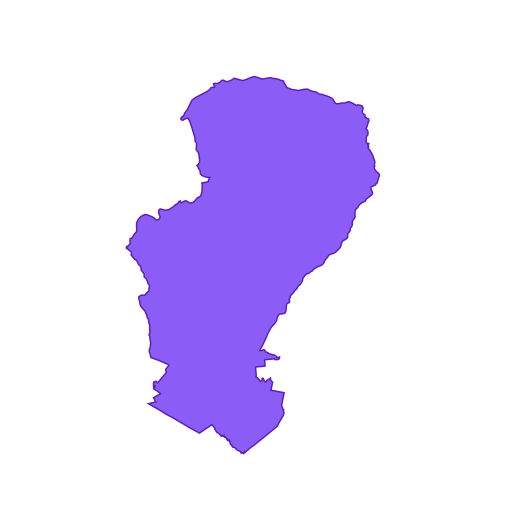 Margina, Timis, Romania (Mercator projection), rotated 335°
{"feature_id": "2599482B95910170912575", "entity_name": "Margina", "entity_type": "district", "adm_level": 2, "iso_a3": "ROU", "parent_name": "Romania", "parent_adm1": "Timis", "projection": "mercator", "projection_center": [22.319, 45.898], "detail": "fine", "context": "isolated", "style": "filled", "palette": "violet", "viewbox_px": 512, "rotation_deg": 335, "n_neighbors": 0, "source": "geoboundaries", "source_scale": "gbopen_adm2", "svg_char_len": 6139}
<svg xmlns="http://www.w3.org/2000/svg" viewBox="0 0 512 512"><g transform="rotate(335 256 256)"><path d="M335.2,284.3L337.1,282.8L338.9,280.6L340.4,279.3L341.5,279.0L344.8,278.7L346.7,278.1L348.6,274.6L351.8,273.1L353.2,270.7L355.2,269.7L356.6,268.3L357.6,265.8L358.2,265.2L362.1,262.8L364.2,258.1L365.1,256.7L366.1,255.9L368.7,255.1L370.6,253.6L371.7,253.1L374.5,252.5L378.2,252.5L379.8,251.1L387.1,249.4L388.3,248.2L388.5,246.5L388.6,244.0L388.9,242.7L389.2,242.3L390.0,242.0L393.4,242.2L396.6,241.0L399.2,238.0L401.4,235.8L402.3,234.4L402.2,233.6L401.4,231.4L400.7,230.5L400.2,227.1L400.8,225.3L401.7,224.6L402.0,222.9L403.2,221.6L403.7,220.0L404.4,213.3L403.9,208.2L403.2,205.7L403.5,205.2L404.2,204.7L404.0,204.2L404.5,203.4L404.1,203.4L404.2,203.1L405.7,201.8L405.1,201.2L404.5,201.8L404.4,200.6L404.0,200.1L404.1,198.9L405.1,197.3L405.7,195.5L406.7,194.5L408.3,193.7L409.3,192.3L410.0,190.6L410.1,189.2L409.3,187.0L410.8,186.1L414.6,181.9L415.4,181.4L415.9,180.0L415.9,179.3L415.7,179.0L414.9,178.5L414.3,177.1L413.5,176.2L413.5,175.8L414.2,174.8L414.4,174.2L414.2,173.6L413.2,172.3L413.0,171.4L413.5,169.8L414.9,168.2L415.7,166.9L415.7,165.0L413.8,163.1L411.9,162.0L410.9,162.0L410.4,161.6L408.0,158.2L405.4,155.4L403.7,155.0L400.6,154.7L398.0,153.4L395.6,153.0L393.1,151.9L392.5,151.0L391.8,145.7L389.5,142.6L384.1,137.4L381.8,136.1L380.1,133.1L376.0,130.0L373.3,126.6L370.0,125.2L365.8,124.3L364.0,123.7L359.2,120.4L357.9,119.4L356.0,117.2L355.2,116.2L354.9,114.4L354.9,112.5L354.4,110.7L355.0,109.2L352.0,106.5L351.1,105.3L348.0,103.0L346.9,102.6L344.6,100.5L336.3,98.2L332.5,94.5L330.3,92.6L327.2,92.1L320.2,91.8L317.8,91.2L311.4,85.7L308.1,86.2L304.6,86.1L302.5,85.3L301.0,83.1L299.2,82.3L296.5,83.4L294.0,83.4L291.8,82.1L290.3,82.0L290.0,83.0L290.4,84.6L289.9,85.3L288.7,85.2L287.5,84.5L286.5,84.4L284.6,85.5L281.6,86.2L268.8,86.8L263.8,87.7L256.1,94.0L251.9,96.3L249.6,98.4L247.1,98.8L246.1,99.4L245.8,100.8L246.8,102.0L250.9,101.8L252.5,102.3L252.9,105.1L252.6,109.3L250.7,122.9L249.4,126.2L249.8,128.7L246.7,134.5L247.5,138.4L247.3,139.3L245.3,145.5L244.1,147.7L243.0,148.1L242.1,149.0L240.8,148.9L241.1,150.3L240.9,152.2L241.3,153.8L241.2,155.8L240.3,157.7L240.9,159.9L243.0,162.4L245.1,164.1L247.3,165.2L245.1,167.1L244.3,168.3L241.3,167.9L237.9,166.9L237.6,167.4L237.6,168.1L235.0,173.5L234.2,174.9L232.1,177.2L231.8,177.9L230.8,178.4L228.5,178.4L226.9,178.7L222.9,180.7L219.9,180.6L218.6,180.0L217.6,178.9L216.5,177.0L215.7,176.3L214.4,176.0L210.5,176.2L210.6,174.1L209.4,174.1L207.0,175.4L204.6,175.5L200.9,176.6L196.5,177.1L192.6,176.0L191.3,174.6L189.0,172.9L188.2,173.0L187.1,173.6L186.6,174.4L185.8,176.4L185.8,179.0L185.6,180.3L183.9,181.5L181.4,181.7L180.7,180.8L178.9,177.1L174.5,172.4L172.7,171.4L168.2,171.6L164.9,173.0L162.1,175.2L161.3,176.4L158.3,183.2L154.4,185.1L151.6,187.1L149.3,187.1L148.2,188.8L147.3,191.6L144.4,192.7L142.7,193.7L142.3,193.8L142.3,193.2L142.1,193.4L141.9,194.5L143.1,196.1L143.4,197.2L144.7,199.6L144.4,200.7L143.2,202.4L144.6,207.8L145.9,209.4L146.1,215.0L146.9,216.1L147.1,216.9L146.9,218.2L146.2,219.4L146.0,220.2L146.6,222.9L146.9,224.8L146.7,225.9L145.9,227.3L145.8,228.0L146.8,229.6L146.9,232.6L146.6,235.7L147.0,238.0L145.2,240.2L144.3,242.4L142.6,242.8L138.4,244.6L136.5,243.4L135.2,243.0L132.6,243.4L132.1,244.0L131.7,245.4L131.5,247.4L130.5,250.9L130.3,252.0L130.5,253.7L132.0,258.9L132.1,260.2L131.9,264.4L131.3,265.9L131.6,266.6L131.7,268.1L130.6,272.0L130.5,273.7L128.4,277.9L127.6,280.6L125.7,282.2L125.6,284.6L124.5,287.4L124.2,289.2L123.5,290.8L121.4,294.2L119.6,295.9L119.0,297.4L118.7,298.3L118.7,300.1L117.9,303.3L118.0,303.8L123.3,309.0L129.7,316.2L130.6,317.3L130.9,319.1L130.6,318.5L126.2,320.5L125.5,323.7L113.1,329.4L112.4,327.3L112.0,327.1L109.9,327.1L108.7,329.3L107.9,331.2L108.5,331.4L109.2,330.6L109.7,330.8L109.8,331.2L109.5,331.6L107.1,332.9L111.3,340.1L111.1,340.5L103.2,341.1L103.5,345.9L96.1,344.4L103.8,355.3L107.0,360.4L109.4,363.7L110.9,365.5L124.9,385.9L126.2,387.5L129.9,392.6L144.9,390.2L146.0,395.0L145.4,395.7L146.1,399.4L147.3,401.1L147.7,402.5L148.2,403.1L148.1,404.0L148.5,404.7L148.7,404.8L149.1,404.4L149.5,404.8L149.9,404.6L151.0,405.1L150.4,405.4L150.4,405.7L151.0,405.9L150.8,406.7L151.9,407.5L151.9,408.3L152.4,409.0L152.1,409.5L153.1,410.5L152.4,410.5L152.3,410.8L153.2,411.0L153.3,411.2L153.1,411.4L153.6,411.5L153.5,412.3L154.0,412.3L154.1,413.2L153.7,413.5L153.3,415.6L153.7,415.8L153.8,416.1L153.5,416.3L153.9,416.6L154.2,417.6L153.9,418.6L154.3,419.7L155.2,420.0L156.1,421.2L156.3,422.5L156.9,423.8L159.5,427.0L159.6,427.3L159.4,427.5L160.2,428.2L160.2,428.4L159.9,428.5L161.1,429.0L161.1,429.8L161.3,430.0L161.9,429.4L161.8,429.1L162.2,428.8L162.4,429.0L162.8,428.7L162.9,429.4L170.4,427.3L173.6,426.8L201.9,419.7L203.4,419.1L207.7,415.9L213.3,412.1L215.1,410.0L215.3,409.3L215.3,408.1L215.6,407.5L216.1,407.0L215.7,406.3L216.1,402.1L223.7,391.8L212.8,383.9L217.7,377.5L216.8,374.8L217.5,372.8L212.9,373.4L212.2,374.3L211.5,374.4L211.0,374.0L210.9,373.4L210.7,372.1L210.8,369.9L210.4,369.6L209.7,369.7L209.4,370.0L209.2,371.2L208.9,371.4L207.4,371.7L206.8,371.6L206.6,371.2L206.9,370.0L206.5,369.5L206.3,368.2L206.0,367.8L205.8,367.0L204.8,365.7L205.7,364.4L208.7,356.4L217.7,359.6L219.9,353.8L220.1,353.7L228.8,356.8L229.5,358.0L232.1,359.1L233.7,358.9L234.6,357.5L233.0,357.3L232.2,356.4L231.8,356.4L231.8,355.2L231.0,353.8L226.3,349.9L226.1,349.1L224.6,347.2L224.2,347.0L224.1,345.1L223.9,344.4L223.4,344.1L221.7,344.2L219.5,343.3L219.6,343.1L220.0,343.0L220.2,342.5L223.7,340.1L231.0,334.1L233.2,331.9L239.5,327.1L244.0,325.2L247.2,323.4L248.9,321.2L250.4,319.7L252.1,318.8L252.9,318.7L257.2,320.0L258.8,319.6L260.1,318.3L261.6,315.3L262.5,314.2L263.2,312.8L264.4,312.1L266.4,312.3L267.3,311.4L267.4,310.6L267.7,309.4L269.4,308.0L270.4,306.7L274.8,304.8L276.0,304.0L279.2,302.9L281.7,301.1L284.0,300.6L286.7,298.8L288.2,297.4L289.1,296.0L291.7,294.6L294.3,293.5L294.7,293.5L296.0,294.0L297.1,293.9L298.7,293.4L300.6,293.3L303.4,292.2L307.4,291.7L309.8,292.0L312.6,291.9L314.6,290.9L316.5,289.2L322.2,286.2L324.0,285.9L327.1,286.3L329.7,286.2L335.2,284.3Z" fill="#8b5cf6" stroke="#5b21b6" stroke-width="1.5"/></g></svg>